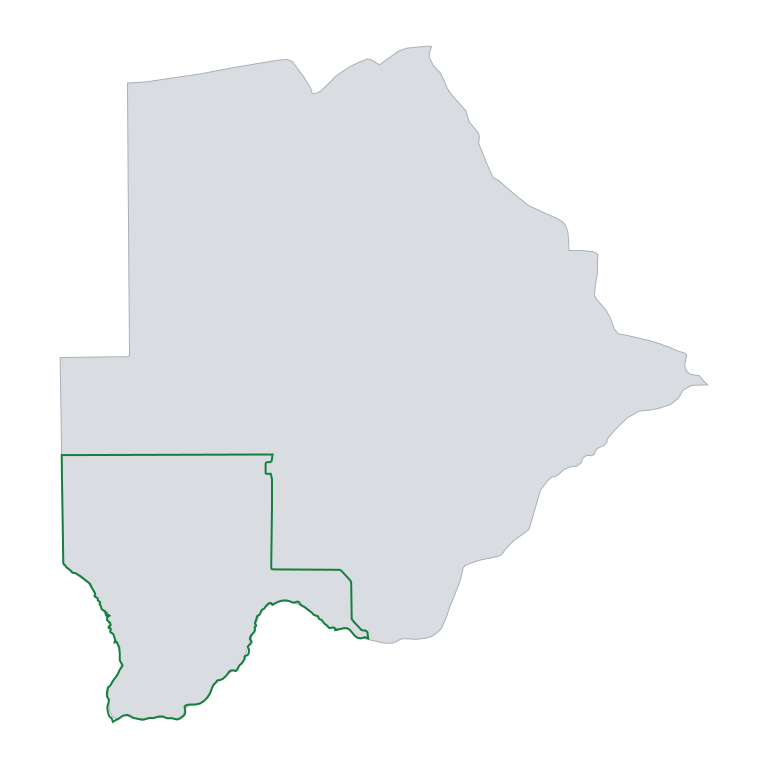 Kgalagadi highlighted on a map of Botswana
{"feature_id": "BWA-2625", "entity_name": "Kgalagadi", "entity_type": "District", "adm_level": 1, "iso_a3": "BWA", "parent_name": "Botswana", "parent_adm1": "", "projection": "orthographic", "projection_center": [21.995, -25.1], "detail": "fine", "context": "in_parent", "style": "outline", "palette": "green", "viewbox_px": 768, "rotation_deg": 0, "n_neighbors": 0, "source": "natural_earth", "source_scale": "10m", "svg_char_len": 6558}
<svg xmlns="http://www.w3.org/2000/svg" viewBox="0 0 768 768"><path d="M431.7,46.6L430.2,50.2L429.1,55.5L430.3,59.6L433.0,65.0L437.0,69.8L440.1,72.6L443.7,79.6L447.2,88.3L452.0,95.2L466.0,110.9L467.5,116.5L469.4,122.0L478.1,132.8L479.4,136.3L478.7,143.4L487.4,165.1L493.1,177.7L498.2,180.2L514.2,194.1L528.2,205.3L544.7,213.1L556.8,218.3L562.7,222.0L565.6,225.5L567.9,232.0L568.7,243.1L568.9,250.4L582.1,250.6L592.9,251.7L596.6,253.3L598.0,255.4L597.5,260.2L597.4,267.2L597.7,273.0L596.3,279.0L595.3,286.2L594.5,295.0L596.0,298.6L606.0,310.2L610.1,317.7L614.4,328.9L617.0,332.5L619.1,334.0L628.4,335.7L652.4,341.4L667.1,346.4L678.7,351.3L683.6,352.7L685.9,354.0L686.7,355.1L684.8,364.6L685.1,367.7L686.3,370.5L688.2,372.8L690.6,374.3L699.5,375.8L704.5,381.9L707.8,384.8L691.6,385.4L683.4,389.8L678.4,398.2L670.8,404.3L660.8,407.8L650.2,410.1L639.1,411.1L627.0,418.0L614.0,430.9L607.3,439.0L606.9,442.5L604.0,445.4L598.6,447.7L595.4,450.6L594.6,454.1L591.7,455.7L586.7,455.4L583.1,457.8L580.9,463.1L576.4,466.2L569.6,467.0L563.6,469.8L558.5,474.6L554.6,476.9L551.9,476.9L547.6,480.7L540.6,489.9L539.3,494.3L528.9,529.5L523.7,533.5L513.8,540.5L505.6,549.1L502.1,554.1L498.3,556.3L480.1,560.1L473.4,562.2L465.2,565.3L463.0,568.3L460.7,579.2L454.7,594.8L449.9,606.3L446.7,616.3L441.2,628.8L436.7,632.9L431.6,636.6L425.0,638.3L416.1,639.3L408.0,638.8L401.7,638.8L392.9,643.1L384.8,643.2L371.9,640.4L361.5,637.7L356.8,637.1L347.7,628.7L341.8,628.8L332.7,628.0L327.6,626.0L322.9,621.8L312.8,613.4L302.8,606.6L293.9,602.5L285.6,600.6L277.7,602.2L271.5,603.9L269.1,604.8L264.3,608.2L259.4,614.7L255.3,624.9L253.7,631.2L249.1,644.4L243.1,660.4L240.2,664.9L236.9,668.3L231.7,671.4L214.7,684.0L206.2,698.2L200.9,702.4L194.4,704.3L189.0,705.6L186.0,708.0L182.7,715.2L179.8,717.7L176.6,718.7L166.9,717.9L163.8,717.2L138.3,718.7L130.5,716.5L124.9,715.6L116.2,718.7L112.5,716.8L109.6,710.8L108.0,698.8L108.4,688.5L113.0,680.7L116.9,675.0L120.8,667.6L121.2,664.3L120.4,661.3L119.6,655.2L119.1,649.0L113.4,635.4L106.4,617.4L97.0,597.4L94.1,591.9L88.2,583.2L66.6,566.9L63.3,564.6L63.3,562.8L63.0,546.7L62.7,525.3L62.3,503.9L62.0,482.5L61.7,461.1L61.4,439.7L61.1,418.3L60.7,397.0L60.4,375.6L60.2,357.5L76.0,357.3L95.5,357.0L118.7,356.8L128.9,356.7L129.5,353.9L129.4,340.6L129.2,310.2L128.9,279.8L128.7,249.5L128.5,219.1L128.2,188.8L128.0,158.5L127.8,128.2L127.6,97.9L127.5,83.0L145.8,82.0L166.8,78.8L201.0,73.8L232.8,67.7L253.6,64.2L278.2,60.1L286.7,59.5L289.0,60.1L292.3,61.6L303.7,76.8L310.7,88.4L312.1,93.3L313.4,93.8L316.8,93.1L320.6,91.3L332.3,80.0L334.7,77.0L342.2,71.6L351.2,66.0L359.4,62.1L367.6,58.9L371.4,59.8L375.8,62.8L379.7,64.7L398.5,51.1L406.8,48.1L428.6,46.1L431.7,46.6Z" fill="#d9dde1" stroke="#a8b0b8" stroke-width="1"/><path d="M105.6,613.1L105.3,611.6L104.9,611.0L103.0,610.1L101.8,609.4L101.4,608.5L100.9,606.2L100.6,605.6L99.9,604.7L99.6,604.2L99.6,603.6L99.9,603.2L100.2,602.7L100.0,602.0L99.6,601.6L98.3,600.9L97.9,600.5L97.8,600.0L97.6,598.1L96.3,597.6L95.1,596.8L94.4,595.8L95.0,594.6L95.1,593.5L94.3,591.9L92.5,589.0L90.3,584.4L89.6,583.4L80.7,576.3L75.5,573.2L74.8,573.0L73.4,572.9L72.8,572.8L72.0,572.3L70.2,570.2L66.6,567.5L65.3,565.5L64.1,564.6L63.7,564.0L63.3,562.8L63.1,550.0L62.9,537.2L62.7,524.3L62.5,511.5L62.3,498.6L62.3,496.6L62.1,485.8L61.9,473.0L61.8,460.1L61.7,455.1L63.0,455.1L272.6,454.5L271.6,461.0L270.2,462.2L267.1,462.1L266.4,462.4L265.8,463.0L265.6,465.8L265.6,472.9L265.8,473.5L266.2,473.7L266.9,473.8L270.8,473.8L272.0,479.3L272.0,505.9L271.2,567.4L271.4,568.3L271.7,569.1L272.6,569.3L273.7,569.4L338.6,569.8L339.6,569.9L340.7,570.3L341.7,571.1L349.4,579.4L350.3,580.6L351.0,581.8L351.2,583.5L351.7,619.0L353.9,621.9L361.5,630.0L362.6,630.3L365.6,630.6L367.4,632.1L368.2,638.4L365.3,637.3L363.9,637.4L362.6,638.0L360.7,638.4L357.4,637.8L354.6,635.6L350.0,630.0L347.1,628.2L343.5,628.2L336.5,630.0L335.1,630.2L335.0,629.8L335.4,629.2L335.3,628.6L334.6,628.0L333.9,627.5L333.2,627.4L329.7,628.2L328.4,627.4L327.4,625.9L324.4,623.6L321.9,620.2L321.3,619.8L319.9,619.4L319.3,619.0L318.9,618.3L318.2,616.7L317.6,616.1L313.8,614.9L313.0,614.0L312.5,613.3L305.4,607.6L303.8,606.5L301.8,605.6L301.1,605.1L300.2,604.1L299.2,602.5L298.6,601.9L297.7,601.6L296.8,601.7L294.6,602.5L293.4,602.6L292.3,602.4L289.3,601.1L285.6,600.4L282.2,600.6L279.0,601.5L273.9,603.9L273.3,604.5L272.5,604.9L272.0,604.5L271.8,603.8L271.3,603.2L269.7,602.9L268.1,603.8L265.5,606.4L265.1,607.1L264.9,607.7L264.6,608.3L263.9,608.8L262.9,609.2L262.2,609.7L261.6,610.3L261.1,611.2L260.0,614.1L259.2,615.0L257.5,615.7L257.1,616.4L255.7,621.0L255.2,622.2L255.0,622.8L254.9,623.4L255.3,624.1L255.9,624.9L256.2,625.7L255.6,626.4L254.7,627.1L254.6,627.7L254.9,628.4L255.0,629.2L254.8,630.3L254.7,631.0L254.3,631.8L251.2,635.3L250.3,636.8L249.9,638.4L250.0,639.5L250.6,639.9L251.1,640.6L251.5,641.7L251.6,642.1L250.8,643.4L249.8,644.5L248.5,645.7L247.7,646.9L248.6,648.3L248.9,649.2L249.0,650.9L248.7,652.7L248.4,653.9L247.8,654.8L247.2,655.3L245.2,656.0L244.5,656.6L244.6,657.3L244.8,658.0L244.7,658.9L241.9,663.2L241.8,663.4L241.1,664.0L239.8,665.0L239.0,666.0L237.9,668.5L236.7,670.5L235.5,671.0L232.5,670.3L230.3,670.7L228.9,671.9L226.6,675.3L223.1,678.7L221.5,679.5L220.4,679.9L217.4,680.4L216.8,680.9L216.0,682.3L213.3,685.1L212.1,687.8L209.9,693.7L207.4,697.6L204.0,701.0L200.1,703.5L195.9,704.5L189.4,704.5L187.3,704.9L185.5,705.6L184.7,706.4L184.6,707.5L185.2,710.9L185.3,712.3L185.0,713.7L184.3,715.0L183.1,716.2L179.3,718.8L177.8,719.4L176.4,719.4L172.4,718.3L166.7,718.2L163.5,716.7L161.9,716.4L158.9,716.5L153.3,718.1L152.4,718.1L150.5,717.9L149.6,717.9L143.8,719.6L141.7,719.7L132.9,717.8L130.2,716.1L127.4,714.9L123.6,715.5L121.9,716.4L118.9,718.6L114.6,720.7L113.2,721.7L113.0,721.9L112.6,721.2L111.9,718.8L111.3,718.0L110.3,717.3L109.9,716.9L109.5,716.4L108.5,714.3L107.8,711.6L107.4,708.9L107.4,706.6L108.8,701.6L108.9,699.8L108.5,698.8L107.4,697.2L107.0,696.3L106.8,694.4L107.0,692.2L107.8,688.2L108.1,687.3L110.0,685.8L110.9,684.6L112.9,680.9L116.7,675.9L118.2,673.3L119.4,670.4L122.3,666.2L122.5,665.1L119.9,660.6L119.7,659.2L119.8,653.8L119.2,647.4L117.3,643.0L117.3,642.7L116.5,641.8L116.1,641.8L115.5,642.1L114.6,642.5L114.6,641.8L115.3,640.3L113.8,635.4L113.2,634.1L112.5,633.5L110.8,632.7L110.2,631.9L110.2,631.1L110.7,629.5L110.7,628.7L110.2,628.2L109.4,628.1L108.7,627.9L108.5,627.1L108.8,626.5L110.3,625.6L110.7,624.9L110.1,622.9L107.1,620.2L107.2,618.1L107.6,616.9L109.6,615.7L108.7,614.9L108.1,614.9L107.5,615.3L106.9,615.6L106.2,615.3L106.2,614.5L106.5,613.6L106.6,612.9L105.6,613.1Z" fill="none" stroke="#15803d" stroke-width="2"/></svg>